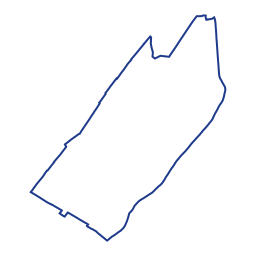 outline of Voorschoten, Zuid-Holland, Netherlands
{"feature_id": "6326949B4576326162856", "entity_name": "Voorschoten", "entity_type": "district", "adm_level": 2, "iso_a3": "NLD", "parent_name": "Netherlands", "parent_adm1": "Zuid-Holland", "projection": "albers", "projection_center": [4.439, 52.126], "detail": "fine", "context": "isolated", "style": "outline", "palette": "blue", "viewbox_px": 256, "rotation_deg": 0, "n_neighbors": 0, "source": "geoboundaries", "source_scale": "gbopen_adm2", "svg_char_len": 5530}
<svg xmlns="http://www.w3.org/2000/svg" viewBox="0 0 256 256"><path d="M150.2,36.5L146.6,40.7L145.2,42.4L143.9,43.8L144.0,43.9L135.6,54.1L131.2,59.3L131.3,59.8L128.3,63.2L127.7,63.9L125.0,67.8L124.0,69.3L122.6,71.1L120.8,73.5L119.5,75.4L118.4,76.9L116.9,78.8L116.5,78.4L111.4,85.1L110.9,85.7L108.2,89.4L105.7,92.8L105.4,93.0L105.4,93.3L105.6,93.7L105.6,93.8L105.6,94.0L101.8,99.3L99.7,102.2L99.2,102.7L99.5,103.0L99.7,103.4L99.6,103.6L97.3,107.2L96.1,109.1L94.5,111.3L93.6,112.8L92.9,113.8L88.6,120.4L84.2,126.9L81.5,130.9L79.7,133.8L78.5,134.2L78.2,134.4L77.9,134.7L77.4,135.1L77.0,135.3L75.9,136.2L75.2,136.6L72.6,138.5L71.3,139.4L68.1,142.0L64.9,144.4L65.1,144.9L65.4,145.3L65.6,145.7L66.1,146.4L66.2,146.7L66.2,146.8L63.0,151.0L60.1,154.8L56.1,159.4L54.0,161.9L54.0,162.1L54.1,162.3L53.6,162.9L52.9,163.7L51.7,165.2L48.9,168.8L47.6,170.5L47.4,170.6L47.2,170.5L46.9,170.6L46.4,171.3L45.7,172.3L45.2,173.1L45.0,173.4L44.8,173.5L44.7,173.7L44.5,173.9L44.4,174.1L44.3,174.3L44.2,174.7L43.9,175.2L43.3,175.9L42.4,177.2L41.5,178.3L39.1,181.1L38.5,181.9L37.7,182.8L36.5,184.3L35.1,186.3L34.2,187.4L33.5,188.4L32.9,189.4L32.6,189.8L32.0,190.6L31.5,191.0L31.2,191.4L30.9,191.9L30.7,192.2L30.8,192.3L31.0,192.4L31.3,192.4L31.5,192.5L32.9,193.4L34.6,194.4L40.0,197.7L44.0,200.3L46.2,201.7L48.6,203.1L49.0,203.3L49.4,203.5L49.8,203.6L50.2,203.9L50.4,204.0L50.5,204.0L50.8,204.2L51.3,204.5L51.6,204.4L54.6,206.2L61.8,210.4L61.6,210.7L61.6,210.8L61.5,211.1L61.3,211.3L60.8,211.9L60.1,212.8L59.8,213.1L59.6,213.4L64.4,216.6L64.7,216.6L65.7,215.2L66.3,214.4L67.6,212.6L67.8,212.5L70.6,214.1L72.4,215.2L74.7,216.5L76.4,217.5L77.1,217.9L77.9,218.4L78.3,218.7L79.9,219.7L80.3,219.9L81.0,220.3L82.0,220.9L83.2,221.6L84.4,222.3L86.3,223.3L87.2,223.8L88.1,224.4L87.8,224.8L86.9,225.9L86.9,226.0L87.2,226.3L88.7,227.2L89.6,227.7L90.5,228.3L91.6,228.9L92.7,229.3L94.0,230.2L95.3,230.8L95.9,231.2L97.3,232.5L98.3,233.5L99.2,234.2L99.8,234.6L100.2,234.9L101.0,235.6L102.3,236.7L104.1,238.1L106.1,239.8L107.1,240.6L107.4,240.4L108.3,239.7L109.4,238.7L112.0,236.6L112.4,236.4L114.4,235.1L115.6,234.3L116.5,233.6L119.1,231.7L120.5,230.8L121.2,230.2L122.6,228.8L123.3,228.1L124.0,227.2L124.6,226.3L125.8,223.9L126.3,222.6L127.0,221.0L127.6,219.1L128.4,216.6L129.1,213.8L129.2,213.6L129.5,213.0L130.1,212.4L131.0,211.5L131.3,211.1L131.8,210.6L132.3,210.0L132.5,209.6L132.9,209.0L133.2,208.5L134.2,206.6L134.5,205.9L134.9,205.5L135.3,205.0L135.9,204.3L136.5,203.7L136.9,203.3L137.2,202.9L138.4,201.6L138.8,201.3L139.6,200.6L139.9,200.4L140.5,200.0L143.2,198.4L144.2,197.8L145.4,197.0L146.0,196.6L146.9,196.0L149.3,194.4L150.3,193.8L151.3,193.2L152.1,192.7L152.3,192.5L152.6,192.2L153.3,191.6L154.0,190.9L154.8,190.0L156.6,188.2L157.6,187.4L158.7,186.2L159.5,185.6L160.1,185.2L160.5,184.9L160.9,184.5L161.2,184.1L161.7,183.6L162.1,183.1L162.5,182.6L163.1,181.8L163.4,181.2L163.7,180.9L164.0,180.4L164.2,180.1L164.6,179.5L165.3,178.1L166.5,176.2L167.5,174.8L168.4,173.4L168.5,173.3L168.8,172.8L169.0,172.5L169.3,171.9L169.6,171.3L170.0,170.8L170.1,170.6L170.9,169.4L171.4,168.6L171.5,168.4L171.7,168.2L171.8,168.0L171.9,167.9L172.4,167.3L172.7,166.9L173.4,165.9L174.0,165.0L175.0,163.4L175.2,163.0L175.3,162.9L175.5,162.5L175.9,161.9L176.3,161.4L176.5,161.1L177.2,160.2L177.6,159.7L177.8,159.5L178.2,159.1L178.5,158.7L179.9,157.0L180.2,156.7L180.7,156.1L181.4,155.3L181.9,154.8L182.1,154.6L182.4,154.3L182.5,154.2L182.7,153.8L182.9,153.7L183.1,153.5L183.3,153.3L183.9,152.7L184.3,152.3L185.0,151.6L185.8,150.7L187.0,149.2L187.7,148.6L187.9,148.3L189.2,146.6L190.1,145.5L190.3,145.1L190.8,144.5L192.4,142.6L192.7,142.2L192.9,142.0L193.5,141.4L195.0,139.8L195.1,139.7L196.6,137.9L196.9,137.7L198.8,135.6L199.3,135.1L200.2,134.1L200.4,133.7L202.0,131.9L203.3,130.2L204.7,128.8L206.7,126.5L207.6,125.4L208.7,124.1L209.5,123.0L210.6,121.7L211.4,120.7L211.7,120.2L212.2,119.6L212.6,118.8L212.8,118.4L213.3,117.3L213.9,116.0L214.7,114.3L215.2,113.2L215.8,112.3L216.2,111.6L216.6,110.8L217.4,109.5L217.9,108.4L218.8,106.6L219.6,105.2L220.3,104.2L221.1,103.1L221.6,102.4L222.3,101.2L222.7,100.4L222.9,99.8L223.1,99.4L223.3,98.8L223.5,98.0L223.9,96.6L224.2,95.3L224.2,95.0L224.3,94.6L224.6,93.4L224.7,92.9L224.9,92.1L225.1,91.3L225.2,90.7L225.3,90.4L225.3,90.1L225.3,89.6L225.3,89.3L225.3,89.1L225.3,88.4L225.2,88.3L225.0,87.3L224.9,87.0L224.9,86.8L224.7,86.6L224.6,86.4L224.3,85.8L223.4,84.2L222.2,82.2L221.2,80.2L220.6,79.2L220.1,78.3L220.0,77.9L219.8,77.4L219.6,77.1L219.6,76.8L219.5,76.4L219.4,76.2L219.3,75.8L219.3,75.6L219.2,75.3L219.2,74.9L219.0,73.7L219.0,73.4L219.0,73.1L218.9,71.7L218.8,71.0L218.7,69.2L218.6,68.3L218.6,67.3L218.4,64.6L217.8,57.1L217.1,46.9L216.5,38.6L216.4,37.3L216.4,36.6L216.2,33.5L216.0,30.4L215.7,26.8L215.5,23.7L215.5,23.2L215.4,22.7L215.3,22.0L215.3,21.8L215.3,21.5L215.2,21.3L215.2,21.1L215.2,20.9L215.1,20.4L215.0,20.2L214.9,19.7L214.8,19.3L214.8,19.1L214.7,18.9L214.6,18.4L214.4,18.0L214.3,17.7L214.2,17.4L213.5,17.8L213.1,18.1L212.1,18.7L212.0,18.8L211.9,18.8L211.3,18.9L209.7,19.2L207.2,19.7L207.2,19.4L206.3,19.6L206.1,19.0L205.8,18.1L205.7,17.6L205.7,15.8L205.4,15.9L205.1,15.6L204.8,15.4L204.3,15.4L203.6,15.5L203.0,15.6L202.3,15.7L202.0,16.0L201.9,16.1L198.5,16.2L196.7,16.2L195.7,17.5L192.3,22.1L189.8,25.8L189.3,26.5L188.8,27.3L186.4,30.8L183.9,34.6L183.1,35.8L179.6,41.0L177.9,43.6L177.4,44.5L176.3,46.1L173.5,50.3L170.6,54.4L170.4,54.8L170.2,55.1L169.1,56.8L160.4,55.8L155.0,58.5L153.3,57.3L152.5,56.6L152.9,52.2L151.9,48.9L151.2,45.7L150.8,43.5L151.1,37.3L150.2,36.5Z" fill="none" stroke="#1e3a8a" stroke-width="2"/></svg>